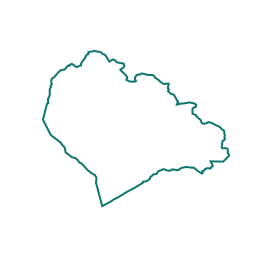 Santa María Yavesía, Oaxaca, Mexico, rotated 139°
{"feature_id": "50627088B32377939266128", "entity_name": "Santa María Yavesía", "entity_type": "district", "adm_level": 2, "iso_a3": "MEX", "parent_name": "Mexico", "parent_adm1": "Oaxaca", "projection": "mercator", "projection_center": [-96.422, 17.203], "detail": "fine", "context": "isolated", "style": "outline", "palette": "teal", "viewbox_px": 256, "rotation_deg": 139, "n_neighbors": 0, "source": "geoboundaries", "source_scale": "gbopen_adm2", "svg_char_len": 3425}
<svg xmlns="http://www.w3.org/2000/svg" viewBox="0 0 256 256"><g transform="rotate(139 128 128)"><path d="M198.7,86.0L193.5,84.8L190.0,83.9L185.7,83.4L179.9,82.0L171.2,80.6L162.9,78.7L152.8,76.9L152.0,77.6L148.9,75.6L144.8,75.3L143.0,76.4L140.6,76.1L139.3,76.4L138.9,76.2L137.2,74.9L136.6,74.6L133.9,75.4L133.4,75.4L131.9,75.0L130.6,74.4L128.8,74.0L127.7,73.0L126.3,70.2L124.7,68.5L123.8,68.0L122.7,67.7L122.0,67.8L121.2,67.3L120.7,66.3L119.6,65.3L118.8,64.1L117.5,63.2L114.4,62.9L113.5,62.6L111.4,61.4L109.6,60.4L105.4,55.7L104.4,55.0L103.3,48.8L103.3,48.6L102.0,45.0L101.0,45.2L100.3,46.1L100.1,46.8L98.2,45.9L96.7,46.5L95.7,45.9L94.8,45.9L92.6,43.6L92.3,43.3L91.7,43.8L91.0,43.8L90.4,43.8L89.6,43.7L89.1,43.6L88.7,44.2L87.5,48.6L78.2,40.2L70.2,40.7L69.6,41.2L69.3,41.7L69.2,43.6L67.9,44.6L67.8,45.2L66.5,47.0L67.0,47.9L67.9,49.0L68.3,49.5L69.0,49.9L69.5,50.4L70.1,50.8L70.0,51.8L69.7,52.3L67.4,54.0L67.1,54.6L65.1,56.2L64.5,56.0L63.9,55.8L63.2,55.8L62.3,56.1L61.9,56.2L61.5,57.6L59.8,58.9L58.8,60.9L57.3,62.7L58.0,65.5L58.0,67.3L58.2,68.8L58.7,70.3L59.5,71.7L60.2,73.5L61.0,75.5L61.5,76.8L62.6,78.6L63.6,79.8L65.4,80.0L67.4,81.0L68.8,82.4L68.7,84.5L67.9,86.2L68.5,90.0L68.6,91.8L68.2,93.2L69.1,94.8L69.9,96.4L68.8,97.8L67.0,100.0L64.8,100.4L63.2,99.4L61.3,100.8L61.7,102.7L64.8,107.0L67.5,108.5L69.4,109.7L70.5,110.5L71.8,111.5L72.9,112.1L74.6,113.0L75.8,113.6L74.3,114.4L73.2,114.5L72.8,115.1L73.2,115.8L72.5,118.3L71.7,122.3L71.7,123.4L72.8,124.9L73.4,126.3L73.4,128.2L73.6,129.5L72.1,130.2L71.6,131.0L71.8,132.1L69.9,133.4L68.2,134.7L68.9,135.5L69.9,136.2L70.8,136.8L72.1,137.7L72.7,139.1L72.9,140.2L73.4,142.7L73.5,144.7L74.0,146.4L74.6,147.7L74.2,150.3L74.6,151.7L77.1,154.2L78.2,155.0L79.5,157.0L81.6,159.9L82.6,160.5L84.4,160.7L85.3,161.7L86.8,162.3L90.0,161.3L90.5,160.4L91.1,159.1L91.2,158.2L92.3,158.4L93.3,159.5L95.0,160.6L96.4,162.4L97.6,165.4L95.9,166.2L95.3,166.8L95.1,169.5L95.0,171.1L95.4,173.2L95.5,175.1L95.7,176.6L95.3,177.2L93.6,176.8L91.9,176.6L90.0,177.2L89.0,179.5L90.2,180.9L91.8,182.9L92.6,184.0L93.4,185.1L93.3,187.3L93.8,188.7L94.8,189.9L96.9,190.0L98.5,190.4L98.1,192.7L97.8,195.0L97.3,198.0L98.0,199.6L98.6,200.4L98.5,202.3L99.7,204.2L100.8,205.7L101.9,206.9L102.4,208.0L103.4,208.7L104.6,209.0L106.3,210.2L108.2,211.2L108.6,210.3L110.0,209.8L110.5,210.3L112.3,210.1L113.3,209.4L114.4,209.5L115.9,208.4L117.5,208.5L121.2,207.4L122.6,206.1L123.6,206.6L124.9,207.1L126.3,207.3L127.1,208.1L127.4,209.2L127.6,210.6L128.1,212.9L128.8,213.5L131.4,213.4L131.7,214.3L133.9,214.3L134.3,214.3L136.2,213.8L136.9,213.7L137.3,213.7L137.6,213.8L137.9,213.8L138.6,214.4L140.4,215.5L140.8,215.6L141.2,215.7L142.1,215.8L142.7,215.8L147.1,215.3L150.1,214.8L150.3,214.8L150.8,214.8L152.5,215.2L152.8,215.2L153.3,215.1L153.7,214.9L154.7,214.2L155.2,213.8L155.4,213.6L155.9,212.4L156.8,211.0L156.9,210.9L157.0,210.9L157.5,211.1L158.3,210.8L158.6,210.7L158.8,210.4L158.9,210.2L159.1,209.7L159.4,209.5L161.9,208.4L165.4,204.3L167.3,203.0L168.2,202.9L168.7,202.8L169.5,202.3L170.2,201.2L171.2,200.2L171.6,199.4L172.0,199.0L173.3,199.4L186.8,190.0L190.9,173.2L188.4,161.4L188.5,161.3L188.4,161.1L188.8,158.2L188.5,156.2L188.7,154.7L191.2,150.2L190.5,148.6L190.1,145.4L189.5,142.8L188.5,141.2L187.4,139.9L187.0,135.9L187.4,134.3L186.3,131.7L186.1,122.5L185.3,119.1L185.3,118.2L183.8,114.2L184.1,113.8L184.2,111.6L186.7,108.8L188.0,107.9L189.4,104.9L198.7,86.0Z" fill="none" stroke="#0f766e" stroke-width="2"/></g></svg>